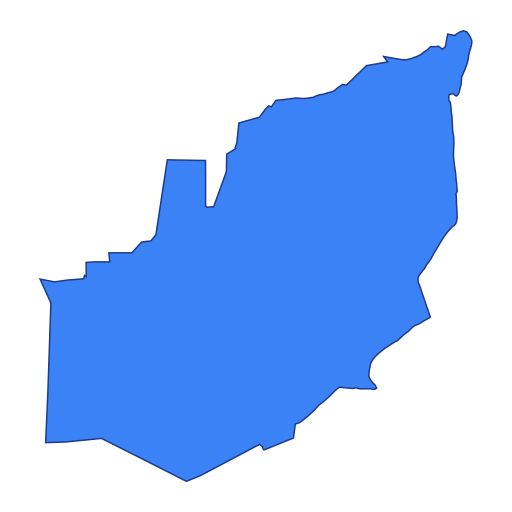 the district of Montecristo de Guerrero, Chiapas, Mexico
{"feature_id": "50627088B70814550942087", "entity_name": "Montecristo de Guerrero", "entity_type": "district", "adm_level": 2, "iso_a3": "MEX", "parent_name": "Mexico", "parent_adm1": "Chiapas", "projection": "equal_earth", "projection_center": [-92.623, 15.678], "detail": "fine", "context": "isolated", "style": "filled", "palette": "blue", "viewbox_px": 512, "rotation_deg": 0, "n_neighbors": 0, "source": "geoboundaries", "source_scale": "gbopen_adm2", "svg_char_len": 3288}
<svg xmlns="http://www.w3.org/2000/svg" viewBox="0 0 512 512"><path d="M47.8,394.0L45.7,440.8L45.6,442.6L65.3,442.0L101.5,438.4L131.3,453.4L186.4,481.3L189.8,479.9L193.1,478.6L200.4,475.6L259.5,444.4L262.0,446.4L262.3,446.6L262.6,447.0L263.1,448.8L264.0,449.9L264.8,449.6L282.6,442.4L293.5,438.0L295.3,424.1L299.4,422.7L304.0,419.3L305.5,418.1L307.8,416.2L310.1,414.1L313.2,411.2L315.3,409.1L318.9,405.1L322.7,402.2L325.8,399.6L329.8,396.0L333.0,392.8L335.7,390.1L339.2,387.2L343.7,387.6L346.0,387.9L350.3,388.2L352.9,388.5L355.9,387.8L358.0,388.4L360.7,388.9L364.4,388.8L367.1,388.8L370.7,388.8L373.2,389.4L375.4,389.0L376.6,388.0L375.0,384.9L373.4,383.4L372.6,382.5L370.8,380.4L369.4,377.8L368.8,376.2L368.9,374.5L369.0,372.8L369.3,370.7L369.7,368.0L370.7,363.4L371.6,361.7L372.7,359.7L374.8,357.0L377.6,354.3L378.0,353.9L382.1,350.5L384.0,349.0L390.0,344.9L394.8,341.9L397.5,340.6L403.6,334.8L404.5,334.3L405.0,333.7L408.4,331.3L411.8,327.9L414.7,325.6L418.0,324.3L421.4,322.5L423.8,320.9L426.9,319.2L429.0,318.0L429.2,317.9L430.3,317.1L428.5,311.7L426.3,305.4L421.3,290.6L420.1,287.0L419.4,284.9L418.3,282.5L417.9,278.7L418.8,275.9L420.9,273.1L423.2,270.0L423.4,269.6L424.5,268.7L426.2,265.3L428.3,262.6L431.1,258.6L433.5,254.1L435.6,250.5L437.7,247.1L439.9,243.3L441.6,240.5L444.0,236.6L447.0,232.7L449.9,229.3L450.3,228.8L452.9,226.2L454.1,225.5L455.7,223.8L456.6,221.1L457.2,217.1L457.0,214.5L457.0,211.5L456.9,210.1L456.8,208.5L456.5,204.4L456.4,198.8L456.0,193.6L457.3,191.2L456.8,186.9L456.6,183.5L456.1,179.7L455.7,173.8L454.8,167.7L454.6,166.1L454.1,162.6L453.6,158.0L453.5,155.8L453.5,153.0L453.7,147.5L453.9,144.7L453.8,140.5L453.8,137.3L453.3,134.4L452.7,131.1L452.5,128.2L452.4,124.6L452.4,124.4L452.2,120.3L451.9,116.3L451.4,113.0L451.2,111.3L451.1,109.0L450.7,105.2L450.3,102.5L449.0,100.3L448.8,97.1L449.1,94.6L449.9,94.4L452.0,93.8L454.0,94.1L455.0,95.4L456.4,96.0L457.9,94.8L459.2,92.1L460.1,88.3L461.1,84.3L461.6,77.4L463.3,73.2L464.6,70.2L466.6,64.9L467.6,61.8L468.3,58.1L468.8,54.6L469.6,51.4L470.5,48.7L471.5,44.9L471.6,43.6L471.9,41.7L471.6,40.0L470.0,36.5L466.9,31.9L463.3,30.7L459.3,32.2L459.0,32.4L455.5,34.8L455.1,35.0L454.8,35.5L447.7,34.1L446.6,40.0L445.3,46.7L444.1,47.8L442.6,49.2L438.3,46.2L435.2,46.7L432.2,46.6L430.4,46.8L430.2,47.0L428.3,48.9L427.6,49.6L424.5,51.6L423.8,52.2L423.5,52.4L423.0,52.8L421.5,53.9L420.6,54.7L417.4,56.3L416.2,56.8L413.2,57.7L412.3,58.3L407.8,59.5L405.5,59.7L401.8,59.7L398.2,59.0L396.9,58.8L394.5,58.4L387.7,57.2L383.6,56.5L387.7,61.9L366.5,65.6L356.7,75.1L356.5,75.3L346.5,85.1L342.3,84.5L340.3,86.1L338.0,87.5L335.7,89.5L332.9,91.6L328.1,92.7L325.1,93.8L322.5,94.4L320.0,94.7L316.2,95.9L313.3,97.3L305.8,98.4L302.9,98.5L295.9,98.0L284.4,99.5L275.9,100.4L271.4,106.9L268.7,105.8L265.6,108.8L264.1,110.9L261.2,114.9L259.5,117.2L244.8,121.3L238.9,123.0L238.7,124.9L236.8,143.1L235.1,147.7L235.6,148.7L226.7,154.1L226.4,171.6L213.6,206.9L212.3,206.8L208.2,207.2L206.7,207.1L206.1,206.7L205.6,205.7L205.6,177.0L205.5,160.5L176.8,160.0L167.3,159.8L162.8,189.5L155.9,234.8L154.8,236.1L150.9,240.9L150.4,241.0L141.7,242.0L131.9,252.8L108.9,252.8L109.7,261.9L94.1,261.9L86.1,262.4L86.2,276.5L84.5,275.4L83.7,278.8L67.9,280.0L54.5,281.9L40.1,279.1L50.9,303.0L47.8,394.0Z" fill="#3b82f6" stroke="#1e3a8a" stroke-width="1.5"/></svg>